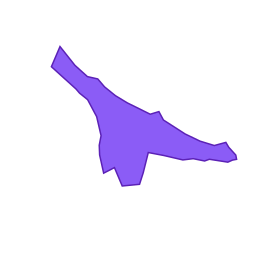 the border of Babites, rotated 39°
{"feature_id": "LVA-5756", "entity_name": "Babites", "entity_type": "Municipality", "adm_level": 1, "iso_a3": "LVA", "parent_name": "Latvia", "parent_adm1": "", "projection": "natural_earth1", "projection_center": [23.789, 56.896], "detail": "fine", "context": "isolated", "style": "filled", "palette": "violet", "viewbox_px": 256, "rotation_deg": 39, "n_neighbors": 0, "source": "natural_earth", "source_scale": "10m", "svg_char_len": 615}
<svg xmlns="http://www.w3.org/2000/svg" viewBox="0 0 256 256"><g transform="rotate(39 128 128)"><path d="M213.1,77.6L218.5,79.6L228.8,81.2L232.1,84.0L229.4,87.2L227.1,91.7L210.9,101.1L208.3,105.4L198.0,110.8L190.7,118.3L173.2,126.8L159.2,134.3L168.0,153.2L172.4,164.5L160.0,176.7L142.4,167.3L137.5,178.4L122.9,166.8L116.5,159.5L111.9,150.9L96.5,138.9L78.8,131.4L68.4,131.4L63.0,130.4L29.9,128.6L23.9,107.5L47.3,112.7L64.1,113.6L73.6,108.9L83.9,110.8L97.8,110.8L111.7,108.9L136.6,103.3L141.7,95.8L150.5,99.5L176.1,96.7L192.2,92.9L206.1,87.3L213.1,77.6Z" fill="#8b5cf6" stroke="#5b21b6" stroke-width="1.5"/></g></svg>